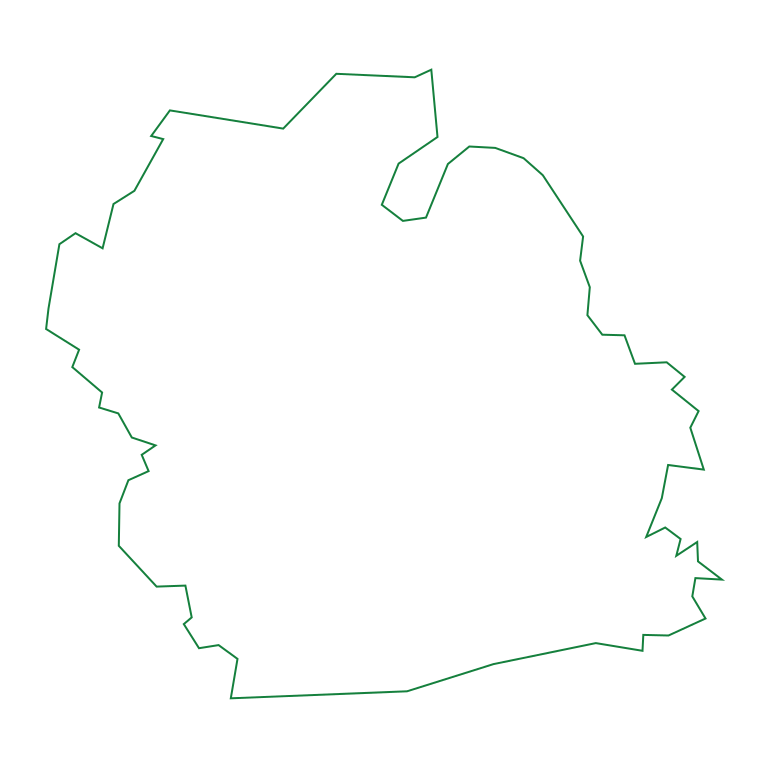 Muhlenberg, Kentucky, United States of America
{"feature_id": "52423323B14041268945956", "entity_name": "Muhlenberg", "entity_type": "district", "adm_level": 2, "iso_a3": "USA", "parent_name": "United States of America", "parent_adm1": "Kentucky", "projection": "mercator", "projection_center": [-87.122, 37.228], "detail": "fine", "context": "isolated", "style": "outline", "palette": "green", "viewbox_px": 768, "rotation_deg": 0, "n_neighbors": 0, "source": "geoboundaries", "source_scale": "gbopen_adm2", "svg_char_len": 1029}
<svg xmlns="http://www.w3.org/2000/svg" viewBox="0 0 768 768"><path d="M493.5,664.1L595.8,643.1L642.5,650.8L643.3,634.9L668.5,635.5L705.5,618.5L692.3,596.4L695.4,578.1L721.9,579.6L698.0,561.4L697.2,542.0L676.3,555.8L680.6,539.0L665.2,527.5L646.2,537.0L661.8,498.2L668.1,465.0L703.8,469.6L690.3,427.7L698.6,411.1L671.9,389.6L684.6,376.9L666.7,362.3L635.0,363.8L624.5,335.3L602.3,334.7L587.4,315.2L589.8,287.2L580.1,260.7L583.1,236.5L542.8,175.2L523.6,158.2L495.2,147.9L469.3,146.5L447.9,164.0L426.0,217.6L402.9,220.9L381.8,204.8L398.6,163.6L437.5,137.0L431.3,69.7L414.7,77.3L336.3,73.8L283.2,128.6L169.9,110.4L151.2,136.0L163.2,139.1L134.4,190.8L113.5,204.0L102.6,248.3L75.5,233.2L59.4,244.2L48.5,308.5L46.1,329.0L79.1,349.7L72.3,367.1L102.1,392.5L99.1,407.5L118.3,413.4L131.8,437.5L155.5,445.4L141.7,454.8L148.6,471.1L128.4,480.2L119.5,503.4L118.8,545.8L156.6,586.6L185.4,585.6L191.7,617.4L183.8,624.1L199.0,648.2L218.6,645.1L237.5,658.9L230.8,698.3L407.0,691.3L493.5,664.1Z" fill="none" stroke="#15803d" stroke-width="2"/></svg>